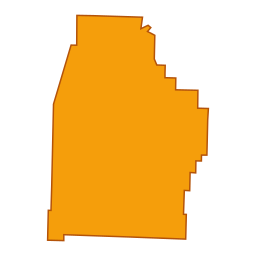 Madison, Arkansas, United States of America
{"feature_id": "52423323B84636308996882", "entity_name": "Madison", "entity_type": "district", "adm_level": 2, "iso_a3": "USA", "parent_name": "United States of America", "parent_adm1": "Arkansas", "projection": "equal_earth", "projection_center": [-93.669, 36.034], "detail": "fine", "context": "isolated", "style": "filled", "palette": "amber", "viewbox_px": 256, "rotation_deg": 0, "n_neighbors": 0, "source": "geoboundaries", "source_scale": "gbopen_adm2", "svg_char_len": 615}
<svg xmlns="http://www.w3.org/2000/svg" viewBox="0 0 256 256"><path d="M71.1,45.1L53.5,104.2L53.0,127.8L52.5,150.7L51.7,186.6L51.0,210.4L48.3,210.3L47.6,240.2L63.8,240.6L63.8,234.7L130.6,237.0L185.7,239.1L186.3,214.4L183.5,214.3L184.3,190.4L189.7,190.7L190.1,172.5L195.7,172.9L195.9,160.9L201.4,161.0L201.5,155.1L206.9,155.1L207.7,119.7L208.4,108.5L197.7,108.2L197.9,90.3L175.6,89.8L175.8,78.0L165.0,77.7L165.0,73.3L165.2,65.3L156.8,65.0L154.3,59.0L154.8,35.3L147.5,31.5L150.8,27.6L148.1,25.3L140.9,28.7L142.5,17.2L93.5,15.7L76.9,15.4L76.7,45.2L71.1,45.1Z" fill="#f59e0b" stroke="#b45309" stroke-width="1.5"/></svg>